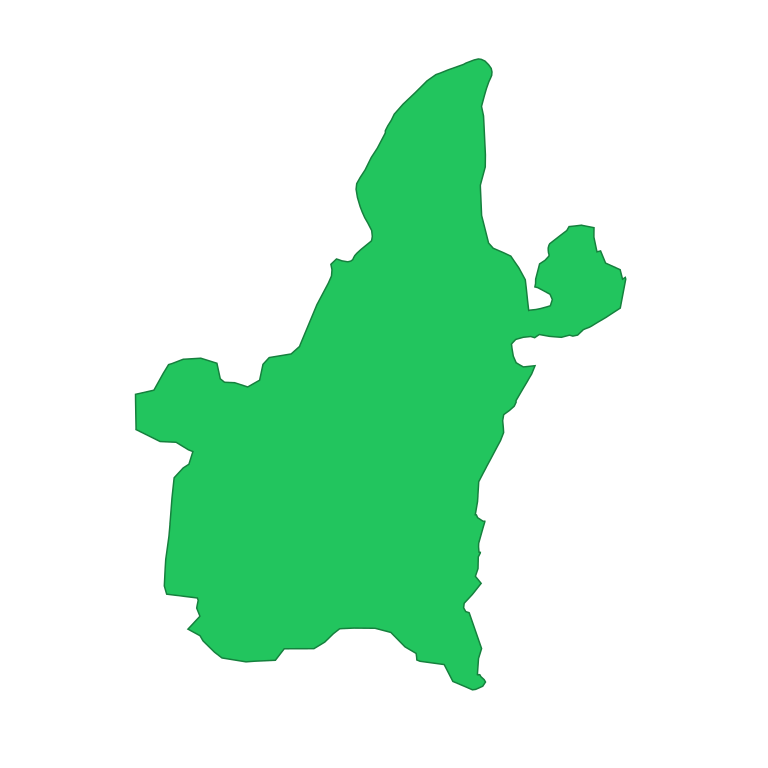 Dimnat Khadir, Ta`izz, Yemen, rotated 264°
{"feature_id": "15242507B32780307406374", "entity_name": "Dimnat Khadir", "entity_type": "district", "adm_level": 2, "iso_a3": "YEM", "parent_name": "Yemen", "parent_adm1": "Ta`izz", "projection": "natural_earth1", "projection_center": [44.257, 13.441], "detail": "fine", "context": "isolated", "style": "filled", "palette": "green", "viewbox_px": 768, "rotation_deg": 264, "n_neighbors": 0, "source": "geoboundaries", "source_scale": "gbopen_adm2", "svg_char_len": 4328}
<svg xmlns="http://www.w3.org/2000/svg" viewBox="0 0 768 768"><g transform="rotate(264 384 384)"><path d="M386.4,536.1L386.4,524.4L389.0,520.7L391.1,518.0L391.3,517.6L391.6,517.6L393.4,517.0L396.9,515.9L398.2,515.5L406.3,515.0L407.5,515.0L409.6,515.0L409.9,514.9L410.3,514.9L411.4,516.0L414.5,519.6L414.9,521.5L415.9,527.4L415.9,529.7L415.9,534.9L414.3,538.7L417.0,543.6L414.1,553.5L413.3,557.6L412.0,564.8L411.9,565.4L413.2,573.6L411.9,576.8L412.1,578.7L412.4,581.7L413.4,583.0L417.2,587.9L417.5,588.8L417.8,589.7L418.9,593.9L419.3,595.0L420.2,597.1L421.1,598.9L422.9,602.7L427.0,611.7L429.5,616.5L434.8,626.9L463.1,635.4L464.8,635.1L463.3,632.2L473.0,630.8L481.1,617.0L493.7,613.3L493.2,609.6L508.1,608.1L512.6,608.6L517.5,609.2L520.9,598.1L521.3,597.1L521.2,590.9L521.2,589.3L521.2,584.5L517.5,581.8L513.8,575.7L506.2,563.5L504.7,562.5L502.1,561.5L499.8,561.3L497.3,561.3L495.2,561.7L493.9,561.3L490.2,557.1L487.2,551.3L472.5,545.8L467.9,545.2L464.8,544.2L463.7,547.1L455.9,558.5L450.5,560.2L450.1,560.1L444.4,557.6L443.7,554.0L442.7,547.9L442.5,545.9L442.2,542.9L442.2,541.5L442.2,537.0L442.0,535.6L452.1,535.5L455.3,535.5L457.0,535.5L458.9,535.5L463.4,535.5L464.2,535.5L472.9,535.4L475.6,534.3L484.8,530.5L485.5,530.2L492.8,526.2L493.0,526.1L497.9,523.5L502.1,516.6L507.6,506.8L509.6,505.4L511.1,504.3L513.3,502.7L515.7,502.4L541.4,498.7L569.2,500.4L571.6,500.6L572.2,500.8L589.3,507.4L599.5,508.6L601.2,508.8L632.7,510.6L640.2,511.0L649.9,510.0L660.6,514.1L667.2,516.8L673.7,519.9L677.2,522.0L679.8,523.4L681.6,523.7L683.0,524.0L686.7,523.6L690.6,521.4L694.6,518.2L696.7,514.7L697.4,511.8L696.9,508.0L696.9,507.7L694.6,499.0L693.5,496.4L689.7,480.6L687.3,472.3L686.3,468.0L681.0,458.5L670.5,445.5L660.3,432.2L651.3,422.4L645.5,418.8L640.4,414.8L635.8,411.8L634.1,411.6L633.6,411.6L619.2,402.0L610.6,395.0L598.9,387.6L591.9,381.9L586.1,377.8L580.6,376.6L572.2,377.1L563.0,378.8L557.4,380.3L551.5,382.2L545.9,384.7L537.9,387.8L532.0,387.8L528.7,386.9L527.5,386.3L520.3,375.3L516.9,370.7L514.8,368.4L512.8,367.0L510.9,365.9L509.7,363.8L509.3,360.7L510.9,355.0L512.5,351.7L513.3,349.8L508.6,343.7L503.0,344.2L497.1,343.1L496.8,343.0L493.1,340.9L490.3,339.3L469.8,325.5L465.0,322.9L435.9,307.0L431.9,304.8L430.2,304.0L423.6,294.8L422.3,272.8L422.2,272.5L416.2,265.7L400.8,260.7L395.3,248.1L400.9,235.6L402.4,225.6L406.3,221.7L422.1,220.0L424.4,214.7L428.8,204.5L429.5,188.7L429.6,186.9L426.5,175.4L425.8,171.8L417.7,165.6L401.9,154.5L399.7,135.8L393.5,135.2L366.0,132.8L364.6,132.6L350.2,155.3L347.8,171.1L339.0,182.6L336.8,186.9L324.6,181.6L321.5,175.5L313.5,166.4L312.7,165.5L306.7,164.2L295.0,161.7L292.6,161.2L271.4,157.3L267.2,156.5L266.8,156.5L255.0,154.2L253.4,153.8L238.0,150.0L232.4,148.6L223.4,147.1L206.1,144.4L197.7,145.9L190.7,176.0L188.2,176.6L186.7,176.1L182.9,174.9L180.7,174.3L172.6,176.6L172.3,176.6L172.2,176.6L160.7,163.4L152.9,174.7L147.4,177.2L135.0,187.4L128.5,194.2L122.1,217.7L121.8,227.1L120.6,247.1L131.1,257.1L129.5,273.2L128.1,286.6L132.0,294.9L133.5,298.1L141.0,307.6L145.2,314.3L145.1,317.0L144.4,328.6L143.4,337.4L142.0,349.6L136.2,364.9L135.4,365.5L120.4,377.4L112.7,387.8L109.2,387.9L106.1,387.8L104.5,390.8L101.6,402.6L98.7,414.5L91.8,417.2L81.0,421.4L74.8,432.6L73.0,435.8L70.6,440.0L70.7,443.2L71.9,447.0L72.1,447.4L72.1,447.6L72.2,447.8L73.1,450.6L77.0,453.8L79.5,452.7L82.9,449.7L84.7,449.0L85.1,448.1L84.8,447.3L85.2,446.5L101.1,449.3L110.7,453.4L131.3,448.6L147.6,444.8L147.7,444.7L149.1,441.5L153.1,439.8L157.5,440.8L158.5,441.9L165.4,449.8L167.6,452.0L170.9,455.2L175.6,459.8L176.0,459.5L183.2,454.8L190.6,458.2L194.5,458.7L195.2,458.8L196.4,458.9L196.7,459.0L202.2,459.7L205.7,462.0L206.5,462.2L206.9,460.9L212.1,461.0L215.7,461.5L230.5,467.4L236.5,469.9L237.0,469.9L237.2,468.1L241.3,463.1L244.2,462.2L244.4,461.1L255.4,464.2L257.1,464.7L262.9,465.7L263.2,465.7L272.1,467.2L275.8,467.8L276.9,468.0L278.9,469.3L284.2,472.8L285.3,473.5L285.7,473.8L290.3,476.9L291.0,477.3L292.0,478.0L297.7,481.9L309.3,489.7L315.6,494.0L323.2,497.9L327.8,498.1L335.2,498.2L340.5,499.7L341.0,499.9L341.4,500.5L344.5,505.9L348.3,511.2L352.1,513.5L352.6,513.5L353.5,513.5L354.1,513.9L364.2,521.3L371.4,526.7L374.1,528.6L374.9,529.2L375.2,529.4L378.5,531.9L378.7,532.0L378.9,532.1L382.8,534.2L384.5,535.1L385.2,535.5L385.6,535.7L386.4,536.1Z" fill="#22c55e" stroke="#15803d" stroke-width="1.5"/></g></svg>